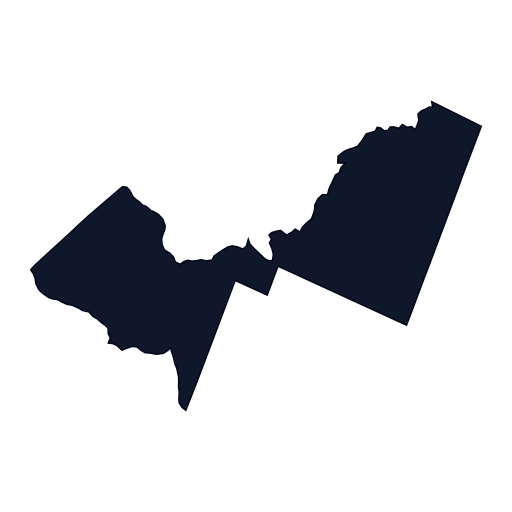 the district of Fátima do Sul, Mato Grosso do Sul, Brazil
{"feature_id": "56859067B65131445845970", "entity_name": "Fátima do Sul", "entity_type": "district", "adm_level": 2, "iso_a3": "BRA", "parent_name": "Brazil", "parent_adm1": "Mato Grosso do Sul", "projection": "natural_earth1", "projection_center": [-54.472, -22.343], "detail": "fine", "context": "isolated", "style": "filled", "palette": "ink", "viewbox_px": 512, "rotation_deg": 0, "n_neighbors": 0, "source": "geoboundaries", "source_scale": "gbopen_adm2", "svg_char_len": 2138}
<svg xmlns="http://www.w3.org/2000/svg" viewBox="0 0 512 512"><path d="M185.8,410.3L197.7,379.9L235.2,280.5L267.2,295.1L278.0,266.2L299.6,276.1L406.5,325.2L411.5,312.1L422.5,282.7L433.1,254.7L454.2,198.5L459.7,183.7L462.9,174.8L481.3,126.3L431.7,101.7L432.6,107.1L429.0,107.1L425.7,109.0L421.4,110.8L417.9,114.1L418.8,120.3L416.9,125.9L415.2,129.8L411.9,126.7L406.7,127.2L402.4,124.5L398.9,128.3L393.9,126.9L390.1,127.0L388.1,130.3L384.0,130.7L380.6,127.9L377.2,127.3L375.3,131.1L371.0,132.5L366.3,133.8L361.9,140.7L357.7,146.2L352.6,148.2L347.6,149.7L343.6,151.8L338.1,156.0L337.7,163.0L341.4,163.1L345.3,163.0L340.9,167.7L339.3,172.6L335.4,175.0L332.5,181.5L329.1,188.7L327.5,194.7L322.4,194.7L318.0,198.7L314.8,205.1L314.5,210.2L313.2,214.3L311.4,218.9L306.3,223.2L302.4,227.3L299.8,232.0L295.1,229.1L292.1,232.0L286.6,235.1L280.6,230.4L275.9,231.3L271.7,232.6L269.0,235.1L271.5,239.3L269.4,242.8L272.0,248.8L273.3,254.3L272.5,260.5L268.8,260.7L265.1,259.0L260.6,254.7L254.1,248.5L249.9,244.1L248.3,239.3L246.4,246.1L242.9,249.0L237.3,246.8L232.5,245.9L228.2,246.8L223.0,249.8L218.0,253.2L214.1,256.0L212.0,260.1L206.0,260.8L200.9,259.7L196.2,260.8L191.9,261.1L187.3,260.3L183.7,261.7L180.2,264.2L175.4,262.1L173.6,257.2L169.9,253.2L164.6,250.1L162.2,245.0L161.6,239.0L163.1,233.9L164.7,229.9L165.2,225.7L162.8,219.1L158.6,214.6L154.0,211.8L150.8,210.5L146.3,206.4L142.5,205.1L139.3,201.8L136.1,199.6L133.0,196.7L129.7,190.3L126.7,187.2L122.4,186.7L88.7,215.6L79.1,224.4L72.6,230.6L34.6,265.4L30.7,269.8L33.1,273.4L35.0,277.8L35.9,283.7L38.8,289.5L41.5,292.4L45.2,295.1L48.8,297.6L52.5,298.9L57.3,299.5L62.0,302.1L66.7,304.2L72.0,305.2L78.8,308.2L82.7,310.6L88.9,311.9L92.9,316.4L97.4,319.0L100.9,322.2L105.5,325.6L108.1,328.3L108.3,333.8L110.3,337.8L108.3,343.1L112.9,343.6L116.8,345.5L122.0,350.2L126.0,348.5L131.9,346.5L136.9,346.9L141.3,350.5L145.1,352.7L150.3,353.1L156.6,354.3L163.5,353.3L167.6,350.6L170.5,347.8L172.1,353.3L173.7,358.2L174.9,363.9L176.8,368.4L177.6,372.4L178.6,377.1L178.7,381.9L178.5,386.7L179.2,391.6L178.9,398.3L179.1,402.8L182.1,407.4L185.8,410.3Z" fill="#0f172a" stroke="#020617" stroke-width="1.5"/></svg>